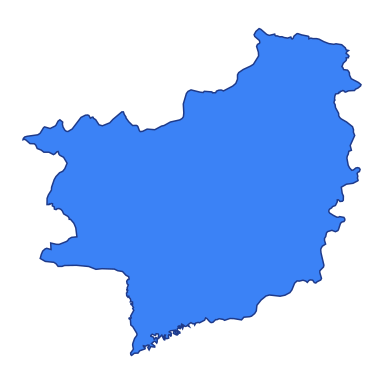 outline of Landak, Kalimantan Barat, Indonesia
{"feature_id": "22746128B55433427549228", "entity_name": "Landak", "entity_type": "district", "adm_level": 2, "iso_a3": "IDN", "parent_name": "Indonesia", "parent_adm1": "Kalimantan Barat", "projection": "mercator", "projection_center": [109.722, 0.511], "detail": "fine", "context": "isolated", "style": "filled", "palette": "blue", "viewbox_px": 384, "rotation_deg": 0, "n_neighbors": 0, "source": "geoboundaries", "source_scale": "gbopen_adm2", "svg_char_len": 5927}
<svg xmlns="http://www.w3.org/2000/svg" viewBox="0 0 384 384"><path d="M23.0,139.7L24.7,139.3L25.9,140.0L30.0,143.6L34.4,143.8L35.8,145.2L37.2,148.5L41.2,150.1L43.9,152.2L48.9,152.2L53.5,154.6L55.1,153.7L56.9,151.8L58.1,151.5L59.0,154.3L59.9,155.3L63.6,157.3L67.1,163.2L64.8,168.7L62.7,171.3L59.6,172.7L56.0,176.5L54.2,179.6L51.6,187.2L51.4,190.1L48.4,194.9L47.1,198.3L47.0,204.6L48.9,204.6L49.3,203.9L49.9,204.3L51.2,203.5L52.5,203.7L52.3,205.8L54.2,206.9L54.4,209.1L56.1,209.6L57.0,208.8L59.0,208.5L60.9,209.4L62.3,210.9L63.7,213.9L68.0,216.4L69.0,217.8L69.2,219.3L70.5,219.3L73.7,223.0L74.4,224.4L75.8,227.9L76.9,236.8L71.5,237.4L68.9,238.9L67.5,240.8L66.2,241.6L59.1,244.4L56.3,244.3L50.7,243.0L51.0,249.5L46.7,248.3L45.0,249.0L42.7,251.1L41.3,254.4L40.2,258.5L45.3,261.4L53.8,262.3L56.0,263.7L58.1,266.4L62.0,266.4L64.5,265.5L76.5,265.3L88.8,266.5L95.9,269.3L102.0,268.7L114.4,269.1L117.7,270.7L122.5,271.5L125.9,275.2L128.7,276.7L129.1,279.0L128.7,279.5L127.8,279.5L126.7,281.2L127.1,283.7L128.3,284.9L127.1,288.0L127.6,290.1L126.9,289.9L127.4,292.2L126.5,293.0L126.7,295.7L127.8,297.0L128.1,296.3L128.8,296.2L129.0,297.4L130.3,298.7L130.8,300.7L130.3,301.8L132.5,302.0L132.6,303.9L130.9,303.7L130.8,304.0L131.5,304.9L132.4,304.9L132.6,306.2L133.5,307.4L132.7,308.5L133.8,310.3L130.6,316.1L131.3,317.9L130.7,318.3L129.3,317.9L129.0,318.7L130.4,319.6L130.8,325.0L132.8,326.7L136.7,333.2L137.0,334.3L136.7,335.6L134.6,338.4L132.9,343.3L132.6,344.9L133.4,349.2L130.6,353.0L130.8,354.7L131.6,355.4L134.4,353.2L138.0,353.1L139.7,350.8L145.0,348.9L145.2,348.0L143.5,346.6L143.4,345.7L145.5,346.2L147.5,345.1L149.1,345.2L149.2,345.9L147.7,347.3L149.1,349.9L150.7,346.6L154.7,347.1L154.8,346.1L151.5,343.6L154.2,341.2L155.1,341.4L156.7,343.1L157.2,341.9L157.2,339.2L156.7,338.0L155.9,337.5L154.6,339.2L154.1,339.2L153.5,337.2L150.8,336.2L150.8,335.5L152.2,334.2L155.1,335.4L155.7,335.1L156.1,333.7L158.1,333.9L158.6,335.2L158.2,338.1L158.5,338.5L161.8,335.1L163.9,339.6L164.7,339.9L165.0,339.1L163.9,336.4L164.8,335.0L165.5,335.1L164.8,336.8L165.1,337.8L166.8,338.7L168.7,338.1L168.4,335.6L168.9,334.6L169.7,334.8L170.7,336.1L171.2,335.8L171.2,333.1L169.2,331.9L170.5,330.8L174.2,330.3L173.4,333.4L176.4,334.9L177.4,334.9L177.9,334.4L175.6,332.6L175.3,331.3L175.6,330.2L176.4,330.6L178.1,333.1L179.8,333.2L179.9,332.2L177.4,330.4L177.4,328.8L178.1,327.9L180.8,328.9L178.6,327.3L178.1,326.4L179.2,325.8L180.6,327.3L181.7,324.1L182.3,324.5L181.8,327.3L182.6,328.7L183.7,325.3L184.9,326.4L185.9,326.4L187.3,325.5L189.3,326.6L188.2,324.6L190.9,322.6L192.7,323.7L194.2,323.7L194.7,325.0L195.8,323.0L198.1,322.4L199.5,322.8L204.6,320.2L205.6,317.9L206.8,318.5L209.7,321.7L211.1,322.6L212.9,322.3L215.7,319.6L216.9,319.7L219.1,318.7L223.1,319.4L224.6,320.3L229.9,318.5L233.8,318.6L241.5,319.9L243.9,317.2L249.7,316.7L251.6,316.1L254.7,313.5L256.3,310.9L256.9,305.3L261.1,300.0L266.0,296.0L269.4,295.0L280.1,296.2L285.0,295.2L289.9,292.6L291.9,289.9L294.6,283.2L297.1,280.9L299.3,281.1L303.0,280.2L305.8,281.1L307.3,282.4L309.0,280.4L310.3,279.9L312.1,280.1L312.7,280.2L314.3,282.6L315.8,283.0L317.2,281.7L320.7,280.0L321.5,278.4L319.8,272.6L319.8,270.8L323.5,267.0L323.9,265.2L321.0,252.9L320.7,249.9L321.0,248.5L322.3,246.2L325.6,244.1L324.5,240.4L324.5,238.4L325.7,236.6L326.5,232.9L327.6,231.6L331.9,230.3L335.4,231.7L337.7,230.7L338.4,229.8L340.5,223.3L342.0,222.0L344.0,221.5L344.9,220.0L344.7,218.7L343.9,217.4L339.6,216.6L338.6,217.2L336.9,217.2L333.4,215.4L329.6,213.0L328.8,211.6L328.9,210.3L329.6,209.1L331.6,207.9L332.5,206.6L335.4,205.5L337.2,202.0L337.3,199.8L338.4,199.8L340.0,201.5L342.4,201.2L343.3,200.2L343.4,196.0L342.2,193.4L341.3,187.2L346.4,184.2L353.0,183.3L357.8,180.8L358.1,180.3L357.4,178.1L357.8,176.2L357.1,173.3L358.3,172.0L359.4,171.6L360.1,169.5L359.4,168.2L357.7,167.6L355.8,168.0L353.5,169.9L351.8,170.3L349.6,167.9L348.2,165.2L346.9,158.1L347.3,156.0L348.2,154.4L348.8,151.3L351.4,150.3L350.2,145.5L354.7,135.5L353.4,132.2L353.5,129.7L352.5,126.7L346.6,122.0L341.2,118.9L339.7,117.5L338.7,115.7L338.6,113.3L335.5,107.6L335.1,104.6L334.0,102.7L334.3,100.9L335.0,100.0L334.5,99.3L334.8,96.3L335.6,94.0L338.7,93.4L338.8,92.4L339.9,92.4L340.3,91.4L341.9,91.1L342.6,90.5L343.8,90.7L344.4,91.7L345.6,92.1L348.6,90.8L354.5,90.5L355.5,89.2L358.1,88.0L360.6,85.9L361.0,84.6L358.5,82.5L351.2,78.7L349.5,75.1L349.4,72.9L348.6,71.4L347.5,70.1L343.6,69.6L342.7,67.3L341.9,66.7L343.3,63.2L346.1,60.5L346.5,59.2L346.2,57.9L348.4,57.7L348.4,56.9L349.0,56.1L347.7,54.5L346.1,53.5L346.5,52.1L348.5,50.5L346.2,49.9L345.3,47.8L341.7,44.7L336.0,43.8L333.8,44.3L328.9,43.6L323.9,41.7L319.1,39.2L316.5,38.6L312.9,38.6L310.8,38.1L308.9,38.8L308.8,36.7L308.2,36.2L301.7,34.9L297.8,33.6L296.9,33.7L294.1,36.0L293.0,38.4L292.2,39.0L291.5,38.6L290.8,37.0L287.6,38.1L284.1,37.5L282.0,36.7L279.7,36.8L277.3,35.9L275.7,35.9L275.1,35.5L274.7,34.1L269.2,35.4L266.7,34.4L260.8,29.3L259.1,28.6L255.9,31.4L254.1,34.7L254.8,36.5L259.4,40.5L259.8,42.3L259.5,43.3L257.5,44.4L256.6,46.4L258.4,52.2L258.6,56.0L253.4,64.3L250.5,66.1L243.2,69.5L238.7,72.6L237.5,74.8L237.5,79.2L235.8,83.4L232.7,86.1L223.5,90.9L221.2,90.0L218.7,90.2L216.5,91.1L215.6,92.7L212.5,92.8L211.9,91.9L204.3,91.3L203.2,92.5L200.3,92.2L191.0,89.9L188.0,91.4L186.4,93.5L183.3,104.0L183.8,112.8L183.4,116.8L182.1,118.5L179.8,119.9L170.4,122.0L164.1,125.5L161.5,126.1L154.8,129.7L147.1,129.1L142.7,131.3L140.3,131.6L139.4,130.7L137.9,126.6L137.2,125.8L136.3,125.4L132.6,125.5L128.8,121.8L125.9,117.8L126.0,117.1L124.3,114.5L123.4,111.9L121.8,111.9L112.8,119.5L109.8,122.8L102.4,125.8L99.0,124.8L95.7,119.7L93.4,118.2L93.2,117.3L92.3,117.1L90.4,118.2L88.9,115.5L87.7,115.0L85.4,115.2L81.0,117.4L72.2,129.0L68.0,131.5L66.3,131.3L64.7,130.0L63.0,126.9L62.4,124.2L62.7,122.1L59.9,119.8L58.1,121.1L55.9,125.3L55.0,126.1L50.1,128.5L44.6,126.9L43.6,127.6L40.1,133.3L37.8,134.8L27.1,136.3L24.7,137.0L23.4,138.4L23.0,139.7Z" fill="#3b82f6" stroke="#1e3a8a" stroke-width="1.5"/></svg>